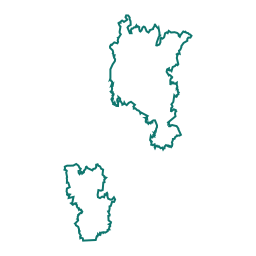 Acatlán, Puebla, Mexico (Equal Earth projection)
{"feature_id": "50627088B33588615579105", "entity_name": "Acatlán", "entity_type": "district", "adm_level": 2, "iso_a3": "MEX", "parent_name": "Mexico", "parent_adm1": "Puebla", "projection": "equal_earth", "projection_center": [-98.098, 18.124], "detail": "fine", "context": "isolated", "style": "outline", "palette": "teal", "viewbox_px": 256, "rotation_deg": 0, "n_neighbors": 0, "source": "geoboundaries", "source_scale": "gbopen_adm2", "svg_char_len": 5814}
<svg xmlns="http://www.w3.org/2000/svg" viewBox="0 0 256 256"><path d="M111.4,99.2L113.2,103.3L113.6,103.1L113.2,104.1L113.8,104.4L113.6,103.1L114.4,103.3L114.7,102.7L115.5,104.8L116.4,105.1L116.4,105.9L118.0,106.0L118.1,102.9L118.7,101.6L117.7,100.6L117.3,101.1L117.1,100.2L117.5,98.9L118.7,98.6L118.5,97.1L120.1,98.5L120.1,100.4L122.3,103.8L122.4,104.7L123.9,104.0L124.3,102.6L125.0,103.9L126.7,105.1L128.8,102.8L131.0,101.8L134.9,104.8L133.4,106.6L133.8,107.0L133.8,108.6L135.3,108.3L137.2,110.2L138.6,110.5L139.9,111.8L140.4,113.5L141.2,112.6L147.6,116.0L146.4,117.2L147.0,117.3L147.1,118.4L146.6,117.8L145.5,117.9L146.6,118.5L146.5,119.5L145.9,119.5L145.7,121.7L146.2,122.3L146.8,121.9L147.4,122.7L147.9,122.5L148.4,123.7L149.3,122.7L150.4,123.3L150.6,122.2L151.5,121.9L151.9,122.6L152.3,122.5L152.1,121.2L153.3,120.4L155.0,120.4L157.0,125.4L156.9,127.4L156.3,128.3L155.7,131.6L155.0,131.4L154.6,133.0L154.2,132.9L154.8,133.7L154.1,134.1L154.5,135.0L153.6,135.0L154.2,136.5L152.9,136.3L152.4,137.4L151.5,137.1L150.8,136.0L150.1,140.0L151.6,141.4L151.0,141.9L151.6,142.9L151.2,144.7L152.8,145.2L154.6,144.3L155.0,145.9L154.6,147.1L155.0,148.0L155.7,146.4L156.9,145.7L157.6,146.6L158.5,146.8L158.9,146.3L160.6,148.2L162.4,147.6L163.1,149.3L163.6,148.4L164.5,148.3L164.6,146.6L166.0,145.1L168.5,146.5L168.9,146.6L168.8,145.9L169.4,146.3L169.9,145.9L171.1,147.1L172.0,146.0L172.4,143.9L171.9,142.4L172.8,140.4L172.9,139.0L174.5,138.8L175.3,136.9L176.9,136.1L176.9,135.5L179.5,135.6L180.9,134.8L178.3,129.2L178.4,128.6L176.6,126.1L172.0,125.0L170.1,126.3L169.2,126.2L169.5,124.6L168.7,124.0L168.8,123.5L168.4,123.8L168.5,123.1L168.0,122.5L175.5,116.3L175.0,113.8L175.5,111.7L176.1,111.2L175.5,110.7L175.7,110.1L173.8,109.3L171.6,111.2L171.0,111.0L171.2,108.1L172.0,107.6L172.5,106.2L171.4,104.4L173.3,101.9L174.3,95.4L175.2,96.5L176.5,96.8L176.9,96.2L176.7,95.2L178.4,94.3L178.2,93.0L178.7,92.5L177.8,91.6L177.8,89.5L177.3,88.9L176.8,89.1L177.0,88.3L176.7,88.1L177.4,87.1L176.7,84.5L176.8,82.7L175.1,83.8L173.4,82.9L172.4,84.1L173.0,82.4L171.8,82.2L170.4,84.9L170.3,80.2L171.0,78.3L172.1,77.7L172.2,77.1L170.1,75.2L169.2,74.8L168.8,75.3L166.6,71.8L167.1,69.4L168.9,68.4L168.9,70.2L170.3,70.6L171.2,70.0L171.6,70.7L172.7,67.0L174.9,66.1L176.2,64.5L177.5,65.2L178.3,64.2L176.8,58.0L177.3,55.7L176.7,54.3L177.5,53.8L177.9,54.5L178.9,53.4L179.6,53.7L179.0,50.7L180.3,49.7L181.4,47.1L181.3,46.2L183.6,42.9L187.3,40.8L187.3,39.0L188.3,37.6L190.4,37.6L191.5,35.8L190.1,34.5L189.1,34.3L188.2,33.2L186.2,32.7L185.4,31.7L184.6,32.1L183.3,31.5L180.6,35.0L179.8,36.8L178.7,35.8L178.7,34.2L177.1,32.9L174.5,32.2L171.0,32.5L168.7,30.9L167.7,33.1L166.7,32.4L165.1,33.3L164.2,37.0L163.4,38.0L162.3,38.7L161.1,37.8L160.5,38.6L160.4,42.3L159.4,44.5L157.0,45.5L156.3,45.3L156.8,42.4L158.7,37.1L160.1,35.3L159.4,35.0L159.5,33.0L158.6,28.2L158.4,28.7L156.4,26.6L155.2,24.9L155.0,23.9L154.4,26.2L153.2,28.0L153.1,29.0L149.7,30.2L149.6,31.1L148.5,32.5L146.6,31.3L145.0,27.3L143.8,26.6L142.6,27.5L141.5,30.4L140.4,31.5L139.8,31.1L139.2,29.0L139.2,27.1L137.9,26.3L137.1,26.9L136.4,25.4L135.3,27.3L134.1,27.3L132.6,28.7L131.6,28.6L130.8,30.4L131.5,33.2L129.8,33.2L127.5,27.5L128.6,26.1L130.7,24.9L130.5,21.1L129.5,19.1L129.7,17.6L128.2,15.5L126.2,15.4L125.5,17.2L127.1,19.4L127.0,19.9L124.0,21.9L122.4,20.6L121.7,20.7L120.5,22.0L120.5,22.7L119.5,22.4L118.5,23.1L119.6,25.7L120.5,26.5L119.6,31.8L119.7,32.8L120.8,34.3L119.0,37.2L118.0,37.8L118.4,38.2L117.7,40.3L118.1,41.9L117.4,43.3L114.3,42.4L112.3,44.3L111.3,44.6L111.5,45.1L110.6,45.3L110.0,46.4L110.1,47.9L112.7,50.4L113.2,52.5L112.8,53.4L113.3,54.0L113.5,55.6L114.5,55.4L114.0,57.6L115.1,59.2L114.9,61.1L112.7,64.3L110.4,69.3L110.4,78.3L110.0,79.6L110.4,79.3L110.9,80.7L112.1,81.6L112.1,83.4L111.5,85.0L113.0,83.8L112.6,86.2L111.7,86.9L112.1,88.4L111.8,90.8L110.7,91.6L111.6,92.7L112.8,92.4L112.9,93.6L113.4,93.9L112.7,95.1L113.3,95.2L112.7,96.3L112.6,98.0L113.0,98.5L112.7,99.6L111.7,98.7L111.4,99.2ZM96.6,236.7L97.4,236.4L97.2,235.7L98.1,234.9L98.1,234.2L98.9,234.9L99.9,234.8L100.0,233.7L100.5,234.3L100.7,233.6L100.3,232.8L103.0,232.3L103.3,232.9L104.7,231.8L104.2,232.3L105.3,232.6L107.7,231.1L107.6,230.0L109.1,229.6L108.6,229.2L109.3,228.0L109.3,226.9L110.2,226.2L110.1,225.0L109.0,224.3L110.6,223.5L111.0,222.2L108.6,220.4L108.3,215.9L109.5,215.6L109.7,214.7L108.1,211.4L109.1,211.1L109.6,208.7L109.5,206.4L110.8,205.9L112.0,201.9L114.1,201.9L115.1,199.5L113.9,197.3L112.1,199.5L110.4,199.6L108.2,198.7L107.5,196.8L107.4,193.7L107.0,192.8L106.5,193.1L105.7,194.9L104.7,194.4L104.1,197.3L102.2,196.6L100.0,198.1L98.0,197.2L97.6,194.9L98.4,190.1L100.9,190.7L102.7,190.0L103.3,182.5L104.5,182.2L104.2,179.8L106.1,177.7L104.4,177.3L104.5,176.5L102.5,174.7L103.1,169.6L101.1,168.7L100.4,167.0L99.6,166.1L98.4,165.9L97.6,164.3L96.2,164.7L96.1,167.4L94.9,168.7L93.3,168.9L92.4,170.4L87.6,168.1L86.6,166.7L86.0,167.0L85.4,169.3L84.0,170.6L83.9,172.3L82.2,173.6L81.8,171.9L81.4,171.8L79.6,174.1L78.7,172.9L78.5,171.0L79.8,170.6L80.7,168.7L79.5,167.9L78.5,165.7L76.2,164.0L73.2,165.6L67.0,165.7L64.8,166.7L65.0,168.5L64.5,169.7L66.3,170.3L66.8,170.9L66.2,172.6L67.1,177.2L66.7,178.0L67.0,179.5L66.9,182.6L67.7,182.3L68.3,182.8L69.7,187.2L66.9,188.5L66.6,191.6L67.2,192.9L67.0,194.6L68.0,195.3L68.9,194.3L69.9,194.5L69.4,195.1L68.7,198.0L73.5,196.9L72.3,202.8L71.1,203.3L72.8,204.8L75.3,203.2L76.2,203.3L76.0,204.4L77.0,205.2L76.8,206.1L77.3,207.4L78.3,208.0L78.8,209.3L79.1,208.8L79.5,209.7L80.3,209.6L81.3,210.8L81.5,210.4L82.3,211.7L81.5,213.1L80.4,213.0L79.1,214.0L79.2,214.5L78.1,215.0L78.2,215.7L77.7,216.6L77.8,218.5L77.4,218.9L77.9,219.1L78.1,220.5L75.0,223.6L75.6,224.1L75.9,225.3L78.2,226.8L79.0,229.2L79.0,231.0L79.6,231.2L79.1,232.8L80.8,235.6L80.1,236.7L80.3,238.2L81.2,237.7L82.8,238.4L83.1,240.6L95.7,240.0L96.6,236.7Z" fill="none" stroke="#0f766e" stroke-width="2"/></svg>